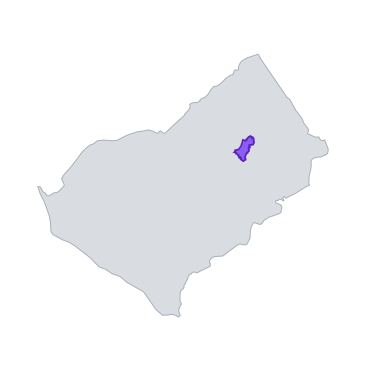 Tolon, Northern, Ghana shown in context, rotated 56°
{"feature_id": "2480657B36155100412367", "entity_name": "Tolon", "entity_type": "district", "adm_level": 2, "iso_a3": "GHA", "parent_name": "Ghana", "parent_adm1": "Northern", "projection": "albers", "projection_center": [-1.197, 9.557], "detail": "fine", "context": "in_parent", "style": "filled", "palette": "violet", "viewbox_px": 384, "rotation_deg": 56, "n_neighbors": 0, "source": "geoboundaries", "source_scale": "gbopen_adm2", "svg_char_len": 6444}
<svg xmlns="http://www.w3.org/2000/svg" viewBox="0 0 384 384"><g transform="rotate(56 192 192)"><path d="M232.8,55.1L235.5,57.7L236.1,59.2L235.2,64.8L233.2,68.8L231.9,72.5L232.1,74.3L233.3,76.2L237.5,79.0L239.6,80.9L242.2,83.8L245.1,86.6L250.0,90.2L252.1,90.8L252.0,91.8L251.4,93.2L251.0,106.8L250.6,110.3L250.2,112.0L249.8,117.1L249.3,117.8L248.3,117.8L247.5,118.0L247.3,119.0L247.6,120.0L250.6,120.7L250.0,121.5L247.8,122.2L246.7,123.7L247.2,125.5L246.0,126.9L246.3,127.8L247.1,128.5L248.4,128.2L251.9,125.9L253.3,125.6L255.2,126.1L258.5,129.6L258.7,131.4L257.3,137.3L256.0,142.0L255.8,148.1L257.2,151.5L257.1,153.4L255.5,155.1L252.1,157.5L252.3,159.1L253.9,162.1L256.9,165.4L262.6,169.6L265.7,175.0L265.7,177.2L264.0,179.4L261.9,181.3L261.3,184.1L262.3,202.2L257.8,210.1L257.8,212.4L258.3,215.0L259.5,216.6L261.8,217.0L263.7,218.5L263.0,224.0L262.1,229.7L261.9,232.4L261.4,233.7L259.6,234.8L258.9,236.5L259.4,238.7L259.1,240.4L260.1,242.5L262.1,245.1L265.5,251.5L266.8,252.1L267.3,253.4L267.0,254.7L268.3,257.6L272.0,260.5L275.9,263.0L279.1,263.3L279.8,265.5L281.9,268.4L283.4,269.6L285.8,270.4L287.8,270.8L287.9,273.3L284.4,274.9L282.0,277.4L280.2,281.2L277.7,285.4L269.0,287.7L265.7,287.7L247.8,287.9L231.1,296.2L221.4,299.1L215.5,303.7L207.5,307.0L202.0,311.0L190.4,312.9L171.4,319.2L165.4,321.7L159.4,326.0L149.6,331.1L145.8,331.0L138.1,326.3L132.4,323.8L118.3,320.1L107.8,318.7L102.7,317.1L101.3,316.8L102.5,315.1L105.5,315.0L108.5,315.5L110.9,314.2L114.3,314.1L115.2,312.7L115.5,309.3L115.5,306.5L116.7,305.2L117.0,302.0L115.4,294.7L114.2,293.8L108.1,292.8L107.6,291.3L106.5,289.8L105.4,286.1L104.1,280.5L102.0,273.5L97.9,262.1L96.9,258.1L96.2,254.0L96.1,249.1L97.0,247.2L96.9,244.7L96.5,242.2L99.4,236.4L105.1,229.3L106.3,226.8L107.4,225.0L107.6,222.4L108.6,214.1L111.4,204.1L113.1,200.4L114.2,198.3L115.6,195.0L116.0,193.4L121.2,189.5L123.6,188.5L124.2,186.9L123.4,185.2L123.7,184.1L125.0,183.5L126.9,183.0L128.3,181.4L126.1,169.1L124.4,156.7L124.3,155.7L123.3,154.0L122.2,148.9L120.5,145.9L118.1,145.0L118.1,142.2L120.6,137.5L121.2,134.7L120.1,133.9L119.9,131.7L120.7,128.2L120.3,126.1L119.9,123.8L117.4,118.4L116.8,114.6L118.1,112.3L118.1,107.4L116.7,99.9L116.5,95.1L117.5,93.2L117.0,91.3L115.2,89.5L115.0,87.7L116.6,86.0L116.4,84.7L114.5,83.7L112.7,81.4L111.2,77.7L111.5,71.8L114.5,61.0L114.9,60.1L118.2,60.2L118.2,60.6L128.6,60.6L140.4,60.5L154.6,60.4L167.4,60.3L168.0,59.8L170.1,59.2L183.1,60.3L191.2,59.7L194.7,60.1L197.2,60.8L202.8,60.4L205.8,60.6L208.0,63.3L209.0,63.3L210.2,62.2L212.5,60.9L214.7,59.8L216.4,57.7L217.3,56.1L218.8,56.4L221.0,56.3L222.4,55.0L222.9,52.9L232.8,55.1Z" fill="#d9dde1" stroke="#a8b0b8" stroke-width="1"/><path d="M182.7,134.8L183.0,134.5L183.3,134.3L183.4,134.2L183.4,134.3L183.4,134.2L183.5,134.3L183.8,134.2L184.0,134.1L184.1,133.9L184.3,133.9L184.4,133.7L184.5,133.8L184.7,133.7L184.8,133.8L184.8,133.7L185.0,133.6L185.3,133.6L185.2,133.6L185.4,133.5L185.4,133.4L185.6,133.3L185.7,133.2L185.8,133.2L186.0,133.2L185.9,133.3L186.0,133.3L186.3,133.3L186.4,133.2L186.4,133.3L186.7,133.3L186.8,133.2L186.9,133.3L187.0,133.3L187.3,133.2L187.3,133.3L187.5,133.2L187.6,133.3L187.8,133.3L188.0,133.4L188.3,133.5L188.3,133.4L188.4,133.5L188.5,133.5L188.8,133.7L189.0,133.6L188.9,133.5L189.0,133.4L189.3,133.2L189.4,133.3L189.4,133.2L189.5,133.2L189.8,133.1L189.9,132.9L190.1,133.0L190.2,132.9L190.3,133.0L190.3,132.9L190.5,132.9L190.8,132.7L190.7,132.6L190.8,132.6L190.7,132.6L190.8,132.5L190.9,132.4L191.0,132.4L191.3,132.1L191.7,132.3L191.9,132.4L192.0,132.5L192.4,132.8L192.5,132.8L192.2,133.4L192.2,133.5L192.5,133.5L192.7,133.3L192.9,133.1L193.2,132.8L193.6,132.8L194.0,132.6L194.4,132.6L194.9,132.6L195.2,132.3L195.4,132.1L195.4,131.9L195.2,131.7L195.0,131.4L194.9,131.3L194.8,131.1L194.8,130.6L195.1,130.5L195.4,129.7L195.0,129.2L194.5,128.9L194.4,129.0L193.7,128.9L193.3,128.9L193.1,129.0L193.2,129.4L192.9,129.0L192.8,128.8L192.8,128.3L192.7,128.1L192.3,128.0L192.1,127.8L191.9,127.6L191.7,127.3L191.6,126.6L191.4,126.3L191.1,126.3L190.9,126.2L191.0,126.0L191.1,125.8L190.8,125.5L190.7,125.4L190.7,125.0L190.2,124.8L190.1,124.7L190.4,124.3L190.2,124.3L190.1,124.1L190.2,123.7L190.3,123.7L190.3,123.4L190.2,123.1L189.9,123.2L189.8,122.8L189.9,122.6L189.8,122.4L189.6,122.1L189.9,122.1L190.0,121.9L189.4,121.5L189.2,121.4L189.1,121.2L188.9,121.0L188.6,121.1L188.5,120.8L188.4,120.8L187.9,120.7L187.2,120.8L187.1,120.7L187.1,120.4L187.0,120.2L186.9,120.0L187.0,119.9L186.9,119.9L186.9,119.7L186.7,119.4L186.8,119.3L186.7,119.1L186.8,119.0L186.7,119.0L186.8,118.9L186.7,118.9L186.8,118.8L186.8,118.7L186.3,118.4L186.1,118.2L185.8,118.1L185.6,118.0L185.4,118.3L185.0,118.3L184.9,118.2L185.1,117.7L185.3,117.6L185.3,117.4L185.5,117.1L185.8,116.9L186.2,116.7L186.2,116.4L186.3,116.3L186.4,116.2L186.5,116.1L186.2,115.8L186.2,115.7L186.3,115.5L186.4,115.4L186.4,115.1L186.5,115.0L186.4,115.0L186.3,114.9L186.3,114.7L186.3,114.3L186.4,114.2L186.2,114.0L186.2,113.9L186.1,113.3L186.1,113.2L185.9,113.0L185.7,113.0L185.7,112.9L185.5,112.7L185.3,112.5L185.2,112.5L185.2,112.4L184.9,112.4L184.7,112.5L184.4,112.5L184.2,112.5L183.9,112.4L183.7,111.8L183.4,111.6L183.1,111.2L182.9,111.1L182.7,111.1L182.2,111.3L181.8,111.3L181.8,111.6L181.5,112.0L181.3,112.3L180.8,112.3L180.4,112.1L180.0,111.9L179.8,111.6L179.9,111.4L179.6,111.6L179.7,111.9L179.6,112.1L179.8,112.3L179.7,112.3L179.4,112.4L179.2,112.4L179.0,112.0L178.5,112.0L178.3,112.0L178.2,112.1L178.0,112.6L178.1,113.1L178.2,113.3L178.0,113.8L178.1,114.2L178.2,114.3L178.3,114.6L178.1,114.6L178.2,114.9L178.1,115.0L178.2,115.3L178.2,115.5L178.3,116.0L178.5,116.1L178.5,116.4L178.8,116.5L178.9,116.8L179.1,116.8L179.2,117.1L179.4,117.4L179.3,117.6L179.4,118.0L179.3,118.3L179.2,118.3L179.3,118.4L179.3,118.5L179.1,118.6L179.3,118.6L179.6,118.7L179.5,119.0L179.1,119.0L178.9,119.1L178.9,119.3L179.0,119.5L178.9,119.6L178.2,119.9L177.8,120.1L177.3,120.3L177.1,120.5L177.4,120.9L177.5,121.1L178.5,122.2L179.5,123.2L179.6,123.3L179.7,123.5L179.8,123.9L179.9,124.0L180.0,124.0L180.2,124.3L180.3,124.4L180.4,124.6L180.5,124.6L181.0,125.0L182.1,127.9L182.2,128.1L182.3,128.6L182.6,128.9L182.7,129.0L182.6,129.4L182.6,129.5L182.5,129.9L182.5,130.1L182.5,130.4L182.4,130.5L182.4,130.9L182.3,131.0L182.2,131.0L182.2,131.3L182.0,131.5L182.2,131.8L181.9,132.1L181.7,132.3L181.9,132.7L181.7,132.7L181.5,132.8L182.0,133.2L182.0,133.5L182.1,133.8L182.2,134.0L182.3,134.1L182.5,134.3L182.7,134.5L182.7,134.8Z" fill="#8b5cf6" stroke="#5b21b6" stroke-width="1.5"/></g></svg>